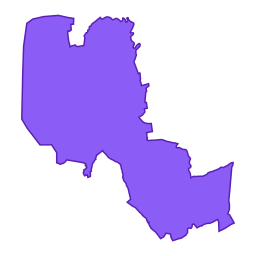 Onicha, Ebonyi, Nigeria (Natural Earth projection)
{"feature_id": "59680162B38335311272259", "entity_name": "Onicha", "entity_type": "district", "adm_level": 2, "iso_a3": "NGA", "parent_name": "Nigeria", "parent_adm1": "Ebonyi", "projection": "natural_earth1", "projection_center": [7.874, 6.105], "detail": "fine", "context": "isolated", "style": "filled", "palette": "violet", "viewbox_px": 256, "rotation_deg": 0, "n_neighbors": 0, "source": "geoboundaries", "source_scale": "gbopen_adm2", "svg_char_len": 5270}
<svg xmlns="http://www.w3.org/2000/svg" viewBox="0 0 256 256"><path d="M21.8,119.1L27.4,128.5L35.3,138.7L40.0,144.9L51.6,144.8L56.7,152.6L56.7,162.8L57.1,163.0L57.2,162.8L57.4,162.8L58.2,163.2L59.1,163.8L59.2,163.6L59.3,163.6L59.7,163.9L60.2,164.2L60.8,164.1L61.5,163.9L63.6,163.1L64.5,162.5L65.7,161.3L66.8,159.9L71.2,160.6L82.6,162.6L83.0,162.8L84.7,163.2L84.9,163.4L85.3,163.6L85.7,163.8L85.9,164.3L85.5,164.7L85.3,165.0L85.4,165.4L86.1,165.5L86.3,166.0L86.0,166.2L86.5,167.2L86.7,167.4L86.7,167.7L86.2,168.1L85.7,169.1L84.6,169.4L84.1,169.5L83.9,170.0L83.8,171.0L83.8,172.6L83.3,172.8L84.0,174.7L84.5,175.5L84.7,175.8L87.2,174.8L87.9,177.4L88.4,177.2L90.3,176.5L90.2,176.2L90.4,175.5L90.5,174.9L90.5,174.2L90.0,172.1L90.7,171.7L91.4,171.2L91.1,170.4L92.6,163.4L93.8,162.1L94.2,160.9L94.9,160.0L95.8,159.5L95.5,158.9L95.8,157.9L96.4,156.1L96.5,155.1L96.9,154.9L97.3,154.9L99.1,153.3L101.6,151.5L102.7,150.7L102.8,151.3L103.2,151.6L104.9,153.3L106.8,155.4L108.2,157.2L109.6,158.3L111.4,159.3L113.4,160.2L115.5,161.6L117.2,161.9L119.1,163.4L120.6,164.6L121.2,167.3L121.4,168.8L121.9,169.8L122.3,171.2L122.3,172.3L122.5,173.1L122.7,173.6L123.0,174.0L123.0,175.0L122.9,175.6L123.0,176.0L122.8,176.4L122.9,177.1L122.7,177.6L123.1,178.2L123.3,179.2L123.7,179.8L124.1,181.3L124.7,181.7L125.3,182.4L126.2,183.6L126.4,185.3L127.3,187.0L128.1,188.4L130.6,199.3L127.2,202.2L131.9,205.7L135.5,207.7L138.7,211.3L139.7,212.4L140.9,213.3L142.1,214.5L142.5,215.6L143.4,216.0L144.4,217.1L145.5,217.8L146.4,218.7L146.8,220.4L147.9,222.6L148.8,222.2L148.7,223.4L149.5,225.5L151.2,228.5L155.9,232.3L160.6,238.6L163.7,236.9L164.9,235.0L166.0,233.2L170.4,234.0L171.1,237.5L172.7,240.6L174.9,240.0L177.4,239.1L181.4,238.1L184.5,236.0L185.7,235.3L187.6,232.4L187.5,228.9L188.6,228.1L190.9,228.3L191.9,227.3L192.4,224.5L193.8,223.9L196.9,227.8L200.9,225.8L201.9,225.9L203.8,224.4L207.1,223.4L209.6,223.3L212.2,222.4L217.6,219.4L218.1,220.6L218.7,222.2L219.0,231.3L224.9,228.4L230.9,224.5L234.2,223.0L231.1,217.5L229.8,215.2L229.1,214.5L228.4,214.3L227.7,213.8L228.3,212.6L228.5,211.8L228.8,211.0L229.4,209.4L229.4,208.1L229.5,205.4L229.3,203.7L228.8,200.5L229.0,198.3L230.1,186.5L231.3,172.5L231.7,167.7L233.1,164.0L233.1,162.5L231.2,162.8L228.9,164.5L227.2,165.6L224.1,167.2L223.6,167.5L221.1,167.2L219.2,168.6L216.2,170.0L213.9,170.7L213.3,171.3L211.3,171.6L208.2,172.7L207.3,174.0L204.6,175.5L202.5,176.3L200.8,176.2L197.2,176.4L194.7,176.5L193.6,176.3L191.0,177.8L190.2,173.4L188.8,170.5L188.5,168.9L189.1,168.2L190.5,167.6L190.9,166.5L190.9,165.6L189.6,164.0L189.3,162.7L189.7,160.5L190.3,159.5L190.4,158.4L188.4,155.9L186.8,150.6L185.6,149.5L182.8,149.4L179.1,147.4L177.7,148.0L176.3,147.4L176.4,145.7L177.9,143.8L177.3,143.5L176.4,143.4L176.0,143.3L175.4,143.0L173.8,142.8L172.7,142.7L170.3,142.1L169.1,141.8L167.9,141.6L166.3,141.2L165.2,140.7L163.5,140.2L162.8,139.8L161.8,139.6L161.4,139.6L160.3,139.6L158.7,139.8L157.7,139.9L156.5,140.0L155.8,140.0L154.5,140.2L153.2,140.2L151.5,140.2L150.5,140.4L149.6,140.5L148.6,140.4L147.6,140.5L147.3,140.2L147.4,139.8L147.3,139.4L147.1,139.3L147.1,138.8L146.8,138.3L146.9,138.1L147.4,137.7L146.8,136.6L146.9,134.6L146.5,132.7L151.8,131.6L152.4,131.6L152.2,130.3L151.9,128.2L151.3,123.5L150.1,123.5L149.0,123.6L148.3,123.6L145.1,123.1L143.0,121.9L141.9,120.9L140.3,119.0L139.8,118.5L139.3,117.7L139.0,117.1L140.1,116.4L141.5,115.6L142.1,115.3L142.6,115.0L144.9,111.9L144.4,108.8L145.9,108.5L147.2,108.3L146.4,102.5L145.1,102.5L145.0,100.6L145.2,98.4L145.4,96.6L145.5,95.2L145.9,91.9L146.6,91.5L146.1,88.4L147.3,87.1L148.9,85.9L148.5,83.7L147.5,84.0L141.5,85.7L141.4,84.7L140.6,81.9L140.2,80.2L140.5,79.0L140.5,78.0L140.3,77.3L140.2,75.7L140.1,73.7L139.7,72.9L138.3,73.7L134.4,63.0L134.1,62.4L134.0,61.9L134.0,61.4L135.1,59.0L135.7,56.9L136.4,55.0L135.8,52.6L135.9,51.4L136.0,49.9L137.1,49.2L139.8,46.4L140.2,44.6L139.4,43.5L138.7,43.7L137.2,44.9L136.0,46.4L134.9,48.3L134.0,48.2L133.0,46.8L134.3,44.4L134.2,43.2L133.8,42.6L133.0,41.9L132.2,41.3L131.3,40.3L130.9,38.7L130.8,37.9L130.6,37.3L130.8,36.6L131.4,35.8L132.6,35.0L133.4,34.0L133.5,33.5L133.3,32.9L132.0,32.8L130.9,33.0L130.2,32.3L132.4,28.4L133.8,24.6L133.9,23.9L133.6,23.0L129.9,21.1L128.5,19.4L128.2,17.9L127.8,17.6L127.0,17.9L126.8,18.3L126.8,18.7L127.6,19.4L127.8,20.3L126.9,22.0L126.4,22.3L126.1,22.3L125.9,22.2L125.6,21.0L125.4,20.2L125.0,19.4L124.0,18.4L123.0,18.0L122.7,18.2L122.8,20.0L121.7,21.4L120.9,21.6L120.2,20.8L118.0,19.0L116.8,18.5L116.0,18.3L114.2,19.2L113.9,19.3L113.7,19.5L113.2,19.8L112.5,19.8L111.4,18.6L110.4,17.7L109.0,17.2L107.1,16.9L105.9,17.1L102.4,19.1L101.6,18.9L100.2,17.4L94.8,21.9L93.8,22.5L91.8,24.1L91.2,25.4L90.6,26.3L89.5,26.5L89.3,27.6L89.2,29.1L88.7,29.8L87.7,30.2L87.8,31.6L87.3,32.5L86.2,32.8L84.1,35.9L84.9,37.6L84.7,39.0L83.9,45.5L77.5,46.6L76.5,46.2L75.9,45.9L75.6,45.5L75.5,45.1L75.2,45.0L74.8,45.0L74.3,45.3L72.7,45.6L71.9,45.9L71.3,46.1L70.2,46.9L69.4,43.7L68.6,40.7L68.2,37.6L67.6,31.5L68.7,30.7L69.2,31.3L70.7,30.5L71.2,29.9L71.2,29.3L71.2,28.9L71.0,28.3L71.1,28.1L70.8,24.3L71.5,24.3L73.5,24.2L73.5,23.2L73.4,22.8L73.5,22.3L73.7,21.5L73.6,20.1L73.7,18.4L67.9,17.5L62.0,16.2L58.4,15.4L43.5,16.6L32.7,19.1L26.8,23.4L23.6,46.3L22.8,71.5L22.7,73.9L22.4,89.8L22.1,102.7L21.8,119.1Z" fill="#8b5cf6" stroke="#5b21b6" stroke-width="1.5"/></svg>